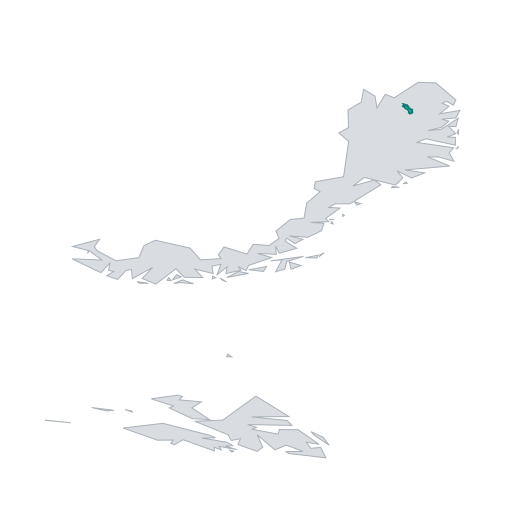 Seljord nor, Telemark, Norway shown in context, rotated 189°
{"feature_id": "86288312B68880560441515", "entity_name": "Seljord nor", "entity_type": "district", "adm_level": 2, "iso_a3": "NOR", "parent_name": "Norway", "parent_adm1": "Telemark", "projection": "natural_earth1", "projection_center": [8.516, 59.573], "detail": "fine", "context": "in_parent", "style": "filled", "palette": "teal", "viewbox_px": 512, "rotation_deg": 189, "n_neighbors": 0, "source": "geoboundaries", "source_scale": "gbopen_adm2", "svg_char_len": 5531}
<svg xmlns="http://www.w3.org/2000/svg" viewBox="0 0 512 512"><g transform="rotate(189 256 256)"><path d="M310.1,243.5L290.0,248.0L293.4,251.2L288.9,260.0L265.3,256.4L260.6,267.1L244.7,268.4L236.0,277.0L240.2,283.7L227.8,297.5L214.5,300.8L214.2,316.1L202.8,329.5L209.0,331.7L209.1,338.6L181.9,348.0L182.4,383.6L193.3,390.6L184.7,397.3L188.0,414.6L176.1,424.5L175.8,437.5L163.5,432.5L159.7,421.2L153.6,435.9L144.2,433.9L123.1,452.8L105.5,455.1L83.0,441.4L84.6,435.8L91.9,438.6L95.9,436.0L88.8,434.2L96.7,425.2L77.4,431.7L80.1,423.6L93.9,420.2L86.6,419.3L92.9,412.1L105.7,406.8L93.1,410.0L77.8,423.6L78.8,415.0L86.1,414.3L77.9,408.0L85.7,403.4L77.7,404.4L76.3,396.6L106.5,398.3L114.9,393.3L77.8,393.8L81.3,388.1L75.4,380.6L91.5,382.3L102.1,380.7L78.7,375.2L122.3,364.3L102.3,364.5L114.6,357.4L130.0,362.2L123.2,356.2L129.3,347.9L161.2,350.5L171.2,340.4L150.9,349.6L143.8,345.9L171.4,322.2L186.0,319.9L191.7,315.4L180.5,316.5L193.1,304.0L189.4,301.3L207.2,297.7L194.1,298.9L195.2,291.3L207.7,282.6L226.1,281.0L212.3,279.8L219.4,274.3L228.5,278.4L229.7,275.2L216.9,270.0L233.5,262.4L238.1,268.7L236.2,260.8L255.0,258.8L240.3,256.9L261.7,245.6L263.6,240.0L272.1,242.8L268.5,239.6L282.9,234.0L282.8,240.8L291.5,231.5L289.4,242.3L297.9,239.1L295.6,232.0L314.4,233.5L305.2,226.4L323.3,223.8L333.2,230.8L350.5,212.6L364.9,216.0L356.3,228.6L374.6,214.3L376.8,223.2L382.1,221.4L389.0,211.2L400.2,213.2L394.2,218.5L399.3,218.6L399.3,226.1L406.5,215.2L437.1,224.4L407.7,227.9L421.4,235.1L438.6,236.7L413.2,248.0L417.1,239.9L413.9,236.4L393.6,229.4L371.4,236.0L368.4,248.6L358.0,255.8L322.4,253.5L310.1,243.5ZM224.2,63.2L244.3,66.9L242.8,73.2L251.6,69.9L255.6,75.1L290.6,83.2L263.0,88.8L234.2,117.6L198.5,102.6L235.3,96.4L199.5,98.4L194.1,94.3L237.9,88.2L228.6,86.8L232.7,84.3L206.2,83.5L205.9,88.2L187.2,91.0L164.3,79.9L177.3,79.9L171.8,74.6L162.2,77.1L155.4,67.6L192.8,66.0L195.7,67.5L178.8,70.4L196.5,73.9L207.0,67.5L226.8,79.5L219.4,68.3L224.2,63.2ZM266.6,56.9L299.1,63.2L307.0,56.9L310.9,57.6L309.0,61.2L324.5,58.7L360.3,65.3L321.7,76.2L273.3,71.6L267.5,70.1L281.0,67.7L255.4,67.5L249.3,65.0L256.6,63.4L244.8,61.8L262.5,62.2L260.0,59.0L267.3,60.6L266.6,56.9ZM293.6,85.4L317.9,92.4L314.0,94.9L337.2,98.6L311.5,106.3L306.6,105.7L309.4,101.9L287.2,103.4L295.5,96.0L276.4,87.2L293.6,85.4ZM229.7,256.3L240.6,253.5L209.0,263.0L224.8,255.4L225.4,247.6L234.2,243.5L229.7,256.3ZM246.2,241.9L261.1,241.3L243.9,247.2L246.2,241.9ZM260.7,237.6L281.5,230.2L270.7,238.0L260.7,237.6ZM154.1,80.6L170.3,87.9L174.1,91.1L161.4,87.5L154.1,80.6ZM219.3,248.4L222.2,255.3L210.2,253.6L219.3,248.4ZM332.8,216.0L324.9,220.9L313.3,218.8L326.5,217.9L332.8,216.0ZM334.7,219.5L331.5,225.2L326.5,223.7L334.7,219.5ZM195.6,263.6L207.0,262.0L194.7,266.6L195.6,263.6ZM438.0,61.0L412.7,62.3L438.9,60.7L438.0,61.0ZM379.6,79.6L394.7,80.6L372.1,81.4L379.6,79.6ZM358.0,212.2L366.5,210.9L369.4,212.1L358.0,212.2ZM340.1,218.1L338.7,221.1L336.1,218.5L340.1,218.1ZM295.6,226.4L295.7,229.5L292.3,228.4L295.6,226.4ZM269.3,151.9L268.4,154.7L264.2,152.5L269.3,151.9ZM361.4,83.8L354.5,83.5L353.7,82.5L361.4,83.8ZM164.6,322.1L166.9,324.7L160.6,324.1L164.6,322.1ZM281.0,225.8L285.4,226.9L288.0,228.7L281.0,225.8ZM249.1,58.6L252.1,60.3L247.6,59.7L249.1,58.6ZM132.4,346.0L125.1,346.3L132.7,344.7L132.4,346.0ZM122.0,350.4L119.3,352.6L118.1,351.4L122.0,350.4ZM192.9,267.3L189.1,269.8L193.2,265.6L192.9,267.3ZM76.6,409.1L75.7,412.8L75.2,408.0L76.6,409.1ZM186.5,301.8L184.8,299.7L187.1,299.9L186.5,301.8ZM422.9,232.2L422.3,234.7L421.9,234.2L422.9,232.2ZM188.6,303.8L184.5,304.3L189.4,303.3L188.6,303.8ZM176.6,308.6L177.0,310.6L175.1,310.0L176.6,308.6ZM74.9,393.6L73.1,395.8L73.6,394.0L74.9,393.6Z" fill="#d9dde1" stroke="#a8b0b8" stroke-width="1"/><path d="M134.1,426.5L133.7,426.5L133.2,426.6L132.8,426.4L132.6,426.2L132.4,426.0L132.4,425.8L132.4,425.7L132.2,425.6L132.1,425.4L131.8,425.3L131.5,425.1L131.3,424.9L131.2,424.9L130.9,424.8L130.7,424.7L130.5,424.8L130.2,424.7L129.9,424.7L129.7,424.7L129.4,424.7L129.4,424.4L129.1,424.3L128.9,424.2L128.7,424.0L128.6,423.9L128.6,423.7L128.4,423.4L128.2,423.2L127.9,422.8L127.9,422.7L127.7,422.5L127.7,422.4L127.6,422.2L127.4,421.9L127.3,421.7L127.5,421.5L127.6,421.4L127.4,421.2L127.1,421.1L126.8,420.9L126.7,420.9L126.3,420.6L126.2,420.7L126.1,420.8L125.6,420.8L125.2,420.9L125.1,421.2L125.0,421.4L125.0,421.5L124.7,421.7L124.6,421.8L124.5,421.7L124.4,421.7L124.1,421.8L123.9,422.1L123.8,422.3L123.9,422.5L124.0,422.5L124.3,422.6L124.2,422.7L124.0,422.8L124.1,423.0L124.3,423.2L124.2,423.3L124.3,423.4L124.4,423.5L124.5,423.6L124.7,423.8L124.8,424.0L124.7,424.1L124.7,424.3L124.8,424.3L124.7,424.4L124.7,424.5L124.6,424.8L124.4,425.0L124.6,425.2L124.8,425.1L125.1,425.0L125.2,424.9L125.4,424.9L125.5,424.9L125.8,425.0L126.0,425.1L126.3,425.3L126.3,425.5L126.7,425.8L126.9,425.7L127.1,425.7L127.2,425.8L127.6,426.0L127.8,426.0L127.9,425.9L128.1,426.1L128.2,426.4L128.3,426.5L128.4,426.8L128.5,426.9L128.6,427.0L128.8,427.0L128.8,426.9L128.8,427.0L129.0,427.2L129.0,427.3L129.1,427.2L129.3,427.2L129.3,427.3L129.3,427.2L129.5,427.2L129.8,427.2L130.0,427.3L129.9,427.6L129.9,427.8L130.0,428.0L130.3,428.0L130.3,428.4L130.3,428.8L130.9,428.7L131.8,428.7L132.0,428.4L132.3,428.5L132.5,428.7L132.5,428.8L132.7,429.0L133.2,429.2L133.3,429.2L134.0,429.2L133.7,429.0L133.7,428.9L133.9,428.6L133.7,428.5L133.3,428.4L133.0,428.4L133.1,428.2L133.3,427.9L133.2,427.8L133.1,427.7L133.3,427.7L133.5,427.7L133.8,427.5L134.0,427.5L134.3,427.4L134.4,427.2L134.3,426.9L134.5,426.8L134.4,426.7L134.1,426.5Z" fill="#14b8a6" stroke="#0f766e" stroke-width="1.5"/></g></svg>